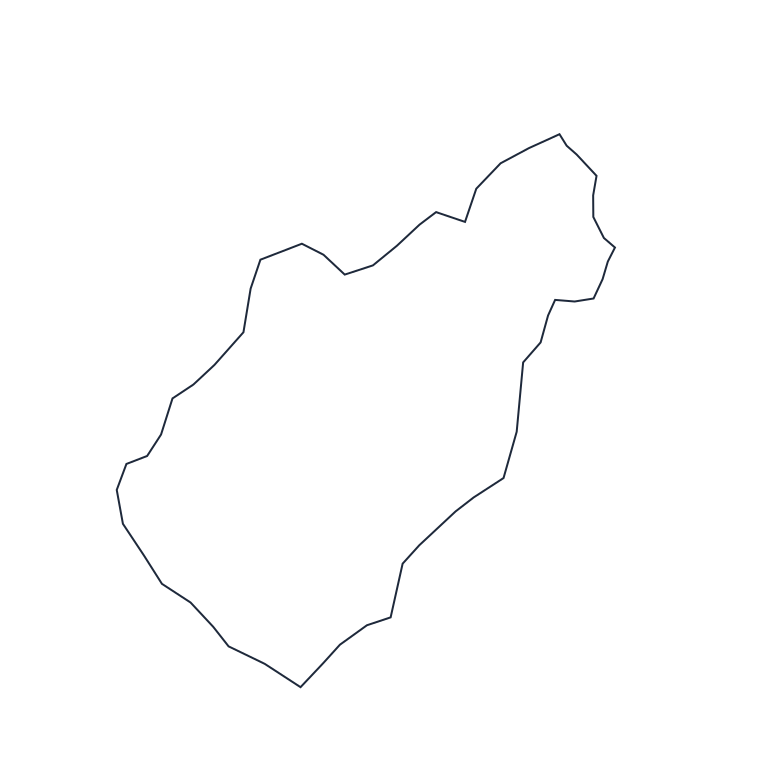 Aglantzia, Nicosia, Cyprus, rotated 317°
{"feature_id": "46923920B61795376722759", "entity_name": "Aglantzia", "entity_type": "district", "adm_level": 2, "iso_a3": "CYP", "parent_name": "Cyprus", "parent_adm1": "Nicosia", "projection": "albers", "projection_center": [33.427, 35.144], "detail": "fine", "context": "isolated", "style": "outline", "palette": "slate", "viewbox_px": 768, "rotation_deg": 317, "n_neighbors": 0, "source": "geoboundaries", "source_scale": "gbopen_adm2", "svg_char_len": 832}
<svg xmlns="http://www.w3.org/2000/svg" viewBox="0 0 768 768"><g transform="rotate(317 384 384)"><path d="M682.7,321.0L650.8,310.3L619.8,302.1L584.7,304.1L553.8,320.7L539.3,293.8L518.7,291.7L487.7,291.7L456.8,289.7L429.9,277.2L427.9,248.2L419.6,225.4L378.4,208.8L351.5,223.3L316.5,250.3L273.1,254.4L244.2,254.4L219.5,250.3L186.5,268.9L161.7,275.1L141.1,266.8L116.3,279.2L97.7,308.2L91.5,345.6L85.3,378.7L93.5,411.9L93.5,445.1L91.4,469.9L105.9,507.3L116.2,548.8L149.2,546.7L174.0,544.6L207.0,548.8L229.7,559.2L275.1,528.1L299.9,526.0L349.5,526.0L372.2,528.1L407.3,534.3L448.5,509.4L500.5,463.1L526.9,460.4L550.7,445.8L566.5,439.2L579.7,453.7L595.6,464.4L615.4,456.4L631.2,447.1L646.0,441.7L644.4,427.2L651.0,404.6L665.6,388.7L681.4,376.7L681.4,347.6L680.1,334.3L682.7,321.0Z" fill="none" stroke="#1e293b" stroke-width="2"/></g></svg>